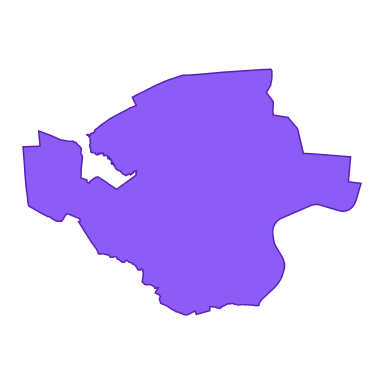 the district of Gradina, Constanta, Romania
{"feature_id": "2599482B78123686212908", "entity_name": "Gradina", "entity_type": "district", "adm_level": 2, "iso_a3": "ROU", "parent_name": "Romania", "parent_adm1": "Constanta", "projection": "mercator", "projection_center": [28.433, 44.528], "detail": "fine", "context": "isolated", "style": "filled", "palette": "violet", "viewbox_px": 384, "rotation_deg": 0, "n_neighbors": 0, "source": "geoboundaries", "source_scale": "gbopen_adm2", "svg_char_len": 5913}
<svg xmlns="http://www.w3.org/2000/svg" viewBox="0 0 384 384"><path d="M165.9,81.0L165.2,81.2L155.3,85.6L132.3,97.2L132.3,97.3L136.3,105.4L131.7,107.5L130.2,107.7L128.0,109.2L119.7,113.5L119.4,113.7L110.6,118.4L100.3,125.6L98.2,127.6L96.4,128.8L95.3,129.5L94.5,131.4L94.1,132.2L90.4,134.0L90.6,135.0L90.2,135.5L89.3,135.3L88.8,134.8L87.7,134.5L87.4,134.6L87.0,134.4L86.8,134.7L87.3,135.2L88.5,135.7L88.7,136.2L89.3,136.8L89.5,137.5L90.4,139.1L90.4,139.7L90.1,140.7L90.0,141.5L90.6,142.5L90.6,143.1L89.8,144.3L89.8,146.1L90.2,148.1L90.5,148.5L90.5,149.0L90.9,149.9L90.9,150.8L90.7,151.6L90.9,152.0L91.3,152.4L92.3,152.8L94.2,152.5L95.2,153.2L95.2,153.3L95.2,153.9L95.3,154.0L96.1,154.3L96.7,154.8L96.9,154.9L97.2,154.8L97.7,154.4L97.8,154.3L98.1,154.6L98.4,154.5L98.5,154.2L98.1,153.8L98.1,153.6L98.4,153.3L98.8,153.2L99.2,153.3L99.4,153.5L99.6,154.1L100.0,153.9L100.5,153.1L100.9,153.1L101.2,153.5L101.8,153.8L102.1,153.9L103.1,153.1L103.5,153.3L103.9,154.1L103.9,154.7L103.8,155.0L103.5,155.3L103.5,155.6L103.9,155.8L104.4,155.8L104.5,155.7L104.5,155.4L104.8,155.6L105.5,155.6L106.7,155.3L107.4,156.3L108.3,156.6L108.6,156.7L108.9,157.1L108.9,157.4L108.6,157.8L107.7,157.8L107.7,158.0L108.0,158.6L108.5,158.7L108.9,158.5L109.2,158.4L109.3,158.1L109.7,157.9L109.9,158.0L110.0,158.3L110.0,158.9L109.6,159.4L109.8,159.6L110.8,159.9L111.3,159.6L111.6,159.6L111.7,160.2L111.4,160.7L111.3,161.1L111.3,161.3L112.5,162.4L112.7,162.7L112.5,162.9L112.1,163.1L111.3,163.0L111.2,163.1L111.3,163.4L111.9,164.2L112.4,164.2L113.6,163.8L113.8,163.8L114.1,164.0L114.2,164.3L114.1,164.7L113.8,165.2L113.9,165.5L114.6,166.1L115.0,166.5L115.1,167.4L115.7,168.7L116.1,168.9L116.9,169.6L118.5,170.6L119.2,170.8L119.6,170.6L120.0,170.6L120.2,171.0L120.8,171.1L121.0,171.3L120.9,171.8L121.0,172.1L122.6,173.9L123.4,174.0L124.1,174.6L125.1,174.9L125.3,175.2L125.3,175.4L125.4,175.5L125.6,175.6L125.9,175.5L126.2,175.0L126.7,175.1L127.1,174.8L127.7,174.9L128.3,174.4L128.8,174.5L129.2,174.4L129.8,174.0L130.1,174.0L130.7,174.8L131.2,174.2L131.4,174.0L131.8,174.0L133.7,172.6L133.7,172.3L133.6,172.1L133.7,171.7L134.3,171.3L134.6,171.3L135.4,171.6L135.6,171.3L136.2,170.9L136.4,171.0L136.5,171.2L136.6,171.7L136.6,171.9L136.4,172.1L136.0,173.2L136.0,175.3L116.6,189.3L110.8,185.4L108.9,184.3L107.0,182.7L103.5,180.4L98.6,177.3L97.8,176.9L95.9,177.2L94.5,178.0L90.6,181.1L89.8,181.4L89.9,182.0L89.0,183.0L88.7,183.0L87.2,181.9L86.9,180.8L87.0,180.1L81.0,177.9L81.0,177.4L81.2,168.9L82.4,157.7L82.4,156.7L82.2,155.7L80.9,153.6L80.8,153.3L81.3,148.8L81.1,148.1L80.7,147.6L75.7,142.4L75.3,142.2L73.9,142.3L73.4,141.2L69.6,141.4L60.4,139.8L51.8,135.9L38.7,131.0L40.1,146.2L23.0,146.8L24.3,163.0L25.1,175.6L25.8,183.6L26.6,191.5L27.0,193.0L27.9,202.3L28.7,206.0L40.2,212.6L47.6,216.5L48.8,216.6L50.5,217.4L51.5,218.3L54.1,219.8L56.4,221.0L57.5,221.3L61.4,221.2L63.6,218.7L64.1,217.3L67.0,213.5L71.5,215.3L76.4,217.4L77.0,217.5L79.0,218.4L79.5,218.5L80.4,221.3L78.6,221.6L81.5,226.4L91.3,242.0L93.8,245.3L96.7,249.5L98.6,253.9L100.2,254.1L102.7,253.8L103.9,253.9L105.1,254.4L106.3,254.4L107.2,255.0L108.9,254.9L110.4,257.3L112.2,257.1L113.1,257.4L113.9,256.7L114.7,256.4L115.4,256.6L116.3,257.1L116.9,257.6L117.1,258.9L118.2,259.4L119.2,259.6L119.8,260.1L120.0,260.5L120.6,261.1L121.5,261.3L122.3,261.9L122.3,262.2L122.9,262.1L123.9,262.2L124.6,262.1L125.2,261.6L125.7,260.7L125.9,260.4L126.4,260.4L127.0,260.4L129.2,262.2L129.7,262.4L131.3,262.6L131.7,262.9L131.9,263.1L132.0,263.6L132.5,264.0L132.8,263.9L133.1,264.0L134.4,264.6L136.0,266.1L136.1,267.0L136.6,267.3L137.7,269.6L138.7,270.0L139.9,270.1L140.6,270.0L140.9,269.2L141.4,269.1L141.7,269.1L142.4,269.3L142.8,271.5L143.2,272.5L143.3,274.5L143.0,276.9L142.2,282.1L143.5,282.9L144.1,283.6L144.1,284.0L144.4,284.3L144.9,284.5L147.0,284.8L148.5,284.6L150.7,284.7L151.9,285.3L152.9,285.9L153.8,286.6L154.4,287.0L155.0,287.5L155.2,287.8L155.2,288.1L155.1,288.3L158.2,287.6L157.5,289.1L156.2,290.9L155.2,292.9L156.2,293.5L159.3,295.0L160.4,296.5L159.7,297.9L159.5,298.7L159.6,299.5L159.7,300.2L160.7,303.2L162.2,304.0L163.0,304.2L166.8,305.9L171.0,308.8L172.0,309.4L173.7,310.2L176.0,311.7L176.7,311.9L178.2,312.1L180.3,313.2L181.3,313.2L182.4,313.7L182.4,313.8L183.7,314.5L185.1,314.9L187.1,314.8L187.6,314.7L191.2,313.0L192.5,312.3L195.0,311.0L196.4,314.4L209.8,310.7L209.7,306.8L210.6,306.9L212.1,306.8L214.0,306.9L216.0,307.3L217.4,307.9L219.0,308.4L219.8,308.5L220.7,308.0L221.7,306.8L222.3,306.7L223.3,306.0L224.3,305.7L226.7,304.2L228.4,303.7L229.5,303.9L230.5,303.8L232.2,303.3L232.6,303.3L233.0,303.7L233.6,304.0L234.2,304.1L235.3,304.2L237.6,304.9L240.4,304.8L242.8,304.5L244.5,304.8L248.2,304.8L251.6,305.1L252.1,305.0L255.8,305.7L256.5,305.5L257.9,305.7L258.3,305.3L258.9,305.4L259.2,303.9L259.7,302.4L260.8,300.6L261.7,299.5L267.0,294.6L268.6,292.9L270.3,291.5L273.1,288.9L275.3,286.7L276.4,285.5L279.2,281.6L280.9,278.8L281.8,277.0L283.9,270.1L284.3,268.5L284.5,267.3L284.6,264.6L284.4,263.3L283.6,260.3L283.1,259.0L282.5,257.5L276.0,246.7L274.7,244.1L274.3,242.9L274.0,241.6L273.1,236.2L272.7,233.5L272.6,232.2L272.9,229.4L273.2,228.1L273.6,226.8L274.0,225.8L275.0,223.9L276.1,222.3L277.1,221.1L278.7,219.8L280.1,218.8L283.7,217.2L298.7,210.8L311.6,205.2L313.6,204.7L315.2,204.5L318.2,204.5L339.5,210.8L342.4,211.3L343.5,211.3L345.3,211.0L347.4,210.4L349.2,209.6L350.8,208.5L352.2,207.1L353.6,205.4L354.6,203.6L355.6,201.6L356.4,199.3L361.0,183.4L348.4,181.8L350.6,156.9L322.3,154.6L308.6,153.6L304.6,153.5L303.7,153.7L303.3,153.2L297.9,130.1L297.4,128.5L297.0,128.0L288.2,117.8L288.2,117.5L274.1,115.2L273.1,115.1L273.3,114.0L273.3,113.7L272.8,112.6L273.2,104.8L273.3,102.9L273.0,101.2L267.2,93.7L266.4,92.5L270.6,85.3L271.8,78.7L271.9,77.6L271.9,71.4L271.8,70.8L271.6,70.2L270.7,69.1L270.2,69.3L262.2,69.6L222.2,72.3L201.3,74.2L187.8,75.2L186.5,75.1L183.4,75.2L181.5,75.6L170.0,79.5L169.3,79.5L166.0,81.1L165.9,81.0Z" fill="#8b5cf6" stroke="#5b21b6" stroke-width="1.5"/></svg>